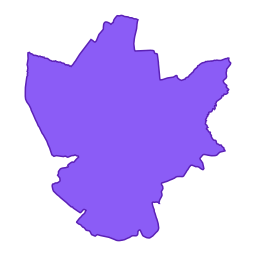 outline of Lubefu, Kasaï-Oriental, Democratic Republic of the Congo
{"feature_id": "63176286B49230128630829", "entity_name": "Lubefu", "entity_type": "district", "adm_level": 2, "iso_a3": "COD", "parent_name": "Democratic Republic of the Congo", "parent_adm1": "Kasaï-Oriental", "projection": "mercator", "projection_center": [24.451, -4.689], "detail": "fine", "context": "isolated", "style": "filled", "palette": "violet", "viewbox_px": 256, "rotation_deg": 0, "n_neighbors": 0, "source": "geoboundaries", "source_scale": "gbopen_adm2", "svg_char_len": 5741}
<svg xmlns="http://www.w3.org/2000/svg" viewBox="0 0 256 256"><path d="M157.9,230.5L158.5,229.1L158.7,227.9L158.1,223.5L156.9,219.2L156.4,218.1L155.9,216.5L155.1,213.7L154.3,211.6L154.1,209.6L153.4,207.9L152.6,205.4L152.4,204.4L152.2,202.8L152.6,202.3L153.2,202.1L154.7,202.3L156.0,202.0L158.2,202.3L159.0,203.4L159.3,203.4L159.0,202.8L159.2,201.9L159.6,200.1L161.6,196.4L162.0,195.3L161.9,194.0L161.5,192.6L161.4,191.4L161.9,190.5L162.4,189.8L162.9,188.6L162.7,186.6L162.4,185.9L161.8,185.1L161.5,184.4L161.5,183.5L162.2,182.7L163.6,182.5L164.4,182.1L165.6,181.8L167.4,181.2L170.0,180.0L172.6,179.0L173.3,178.6L174.5,178.1L175.6,177.2L177.0,176.6L179.6,176.5L182.2,176.6L182.9,176.5L183.6,176.0L186.0,172.3L186.9,170.7L187.9,169.5L188.5,168.4L189.7,166.5L190.4,165.9L190.9,165.3L192.0,165.2L193.2,165.6L195.8,166.7L197.3,166.6L198.7,167.0L200.8,168.6L201.6,169.1L202.7,169.6L203.3,169.5L203.9,168.4L203.6,167.5L203.4,166.3L202.7,163.2L202.4,162.5L201.7,161.6L201.1,160.6L200.5,160.0L199.9,158.5L200.0,158.2L202.8,154.9L203.7,154.5L204.7,154.5L206.4,154.8L207.6,155.1L211.2,155.7L213.2,155.7L215.2,155.6L216.3,155.3L217.2,154.8L218.0,153.9L219.2,152.7L219.6,152.4L220.3,152.0L221.6,151.7L224.2,151.1L225.0,150.8L224.5,149.8L224.0,149.4L223.9,148.0L221.8,146.3L221.4,145.2L220.4,145.0L219.6,145.2L218.4,144.2L217.0,143.8L216.6,143.2L216.1,141.0L215.6,140.4L213.5,140.0L212.3,138.5L211.3,136.6L211.4,135.4L210.4,134.2L210.1,133.4L210.4,132.7L210.1,132.1L208.9,132.0L208.2,131.0L207.8,130.1L206.6,129.2L206.4,128.8L206.6,128.3L207.9,127.5L207.3,126.8L206.9,125.4L205.6,124.3L205.4,123.6L205.7,122.6L205.7,121.2L206.4,120.7L205.7,119.8L205.6,119.4L206.4,118.3L207.0,116.6L207.7,116.1L207.9,115.7L207.5,114.9L207.6,114.5L208.6,114.3L208.9,113.6L208.7,112.5L209.3,112.1L210.4,112.0L211.6,111.6L212.3,110.4L212.9,108.7L213.3,108.6L213.9,109.0L214.6,108.9L214.7,109.1L215.2,108.1L214.5,106.2L214.7,105.7L216.2,105.8L216.3,105.0L215.4,103.7L216.2,102.8L216.5,101.5L220.3,98.8L221.5,97.7L222.1,95.7L222.5,95.6L223.3,95.8L224.1,94.1L225.6,94.3L226.6,93.9L227.5,93.2L227.9,92.4L227.3,91.2L227.4,90.7L228.3,90.3L228.7,89.5L226.4,87.3L226.2,86.9L226.8,85.8L226.7,85.4L224.3,83.3L223.4,81.8L223.3,80.6L226.2,77.9L226.6,76.6L226.1,72.8L226.6,71.0L226.6,69.8L226.7,69.1L230.3,64.5L230.7,63.1L230.5,62.6L229.6,62.0L228.9,60.6L228.6,59.8L228.9,58.6L228.8,58.1L227.5,58.1L226.7,58.6L225.7,58.6L221.0,60.4L218.7,60.4L216.8,60.1L215.9,60.4L214.5,60.3L211.7,61.2L211.2,60.9L210.2,61.2L207.6,61.3L206.9,61.6L205.8,61.5L204.5,62.4L202.5,62.8L201.6,63.2L199.6,64.6L199.2,65.2L197.8,65.8L197.3,67.3L196.9,67.5L196.2,68.3L195.3,68.7L194.9,69.4L194.2,69.9L193.4,71.5L192.7,72.4L191.9,72.9L190.4,74.5L189.7,74.9L188.2,77.0L186.3,77.6L185.4,78.4L185.0,79.3L184.4,79.3L181.5,80.4L179.8,79.7L178.0,78.4L177.3,77.2L176.9,75.7L176.1,75.5L173.4,77.1L168.6,77.8L167.4,78.0L162.9,79.5L161.7,79.8L160.2,79.9L159.8,78.7L159.5,74.9L158.4,63.6L158.4,62.6L157.3,54.1L156.3,53.6L155.2,53.5L154.5,52.9L154.2,51.7L153.8,50.8L152.9,50.5L150.4,50.3L135.2,51.0L134.5,49.8L133.8,43.8L134.3,39.1L134.7,36.6L136.6,28.7L137.0,24.1L137.4,21.5L138.0,19.8L136.0,18.9L134.0,18.8L131.9,17.8L129.6,17.7L128.1,16.9L124.5,16.5L122.9,15.7L121.7,15.4L121.0,15.4L119.4,15.9L117.5,15.7L116.8,16.0L115.0,18.2L114.0,19.7L113.4,21.5L113.3,22.5L112.7,22.7L110.9,24.3L109.9,23.4L108.4,22.6L106.7,22.0L105.4,22.0L104.5,22.6L103.7,24.1L103.4,26.8L103.3,29.2L102.8,29.9L101.7,31.2L99.0,34.4L96.5,40.5L95.6,41.7L94.9,42.1L93.7,41.5L92.8,40.6L91.0,39.5L79.7,54.3L75.4,61.1L74.4,62.3L73.1,64.3L71.1,66.5L70.3,65.9L69.5,66.1L68.7,65.0L67.6,65.2L66.9,64.7L66.1,64.9L65.4,64.8L63.9,63.3L62.0,63.0L60.3,62.0L58.5,62.2L57.7,61.8L56.6,61.7L55.7,60.9L55.2,60.9L54.2,61.4L53.5,61.1L52.7,61.3L51.7,61.1L51.1,60.6L50.0,60.4L47.6,58.5L44.5,58.1L44.2,57.8L44.0,57.1L42.8,57.3L42.0,56.7L41.0,56.8L40.0,56.1L38.4,56.6L37.7,55.9L36.5,55.7L35.8,55.3L34.9,55.5L34.2,55.2L33.5,55.3L32.7,54.4L31.6,53.8L30.5,53.7L29.5,52.4L28.0,52.8L27.9,54.8L28.1,58.8L27.1,64.9L27.5,65.7L27.9,68.7L27.5,70.0L27.7,70.5L27.1,71.3L27.8,72.6L27.4,73.4L27.6,74.1L27.3,74.8L27.6,75.4L26.8,76.9L26.5,79.0L25.4,87.4L25.3,92.0L25.3,96.4L25.6,99.2L26.8,101.9L29.2,105.3L30.8,108.5L31.2,110.1L33.1,114.2L35.7,120.2L36.9,122.5L38.2,125.7L39.4,127.3L42.1,133.2L43.3,134.8L46.9,141.3L48.1,144.7L49.6,147.9L51.1,152.5L51.9,154.8L53.9,156.3L56.3,155.6L63.5,156.6L64.3,156.3L65.7,156.2L67.3,157.1L67.9,157.2L71.7,155.6L73.8,155.5L74.8,155.0L75.6,155.1L76.6,155.8L78.2,156.1L78.6,157.1L76.2,159.4L74.2,161.8L73.7,162.2L73.1,162.3L72.4,162.0L71.9,162.1L70.4,163.0L68.3,164.6L67.8,165.3L68.2,166.6L67.7,167.2L66.8,167.1L66.1,167.6L62.4,168.1L60.9,168.6L60.2,169.1L58.7,171.2L58.4,171.9L58.5,173.2L58.3,174.1L57.6,175.2L59.8,178.0L60.1,180.8L58.7,182.1L57.2,182.9L55.3,183.0L54.0,183.8L52.7,184.1L52.5,184.4L52.2,185.3L52.2,186.4L52.8,189.3L53.5,191.1L56.9,194.5L59.2,196.3L60.5,197.6L66.4,202.5L68.6,204.6L71.3,206.9L72.6,207.0L73.2,208.0L74.2,208.7L77.6,211.0L80.2,212.7L81.2,212.1L82.9,210.1L83.6,209.5L84.6,209.5L86.0,210.3L85.1,212.1L84.8,213.0L83.5,214.3L82.5,215.0L81.1,216.8L79.5,218.3L78.1,220.0L77.8,220.6L76.8,221.6L76.7,222.4L78.7,224.0L80.6,224.7L82.7,227.1L83.5,227.2L84.8,228.4L85.9,230.0L86.8,230.4L89.3,230.8L90.0,231.5L91.6,234.6L94.3,235.8L95.2,236.1L96.5,235.1L97.4,234.6L100.4,235.5L109.0,237.3L115.1,239.7L116.3,240.3L118.1,240.6L119.5,240.6L121.3,240.3L122.6,240.1L124.7,239.6L126.9,238.5L128.1,238.0L129.6,237.4L131.5,236.1L132.8,235.7L136.0,235.8L136.8,235.5L137.6,234.6L137.9,233.1L137.9,231.4L139.0,230.2L139.8,229.9L140.4,230.5L141.0,231.9L141.9,233.9L142.8,235.6L143.6,236.2L146.5,237.6L148.1,237.9L149.7,237.9L150.9,237.2L151.8,236.5L152.6,236.1L156.3,232.2L157.2,231.4L157.9,230.5Z" fill="#8b5cf6" stroke="#5b21b6" stroke-width="1.5"/></svg>